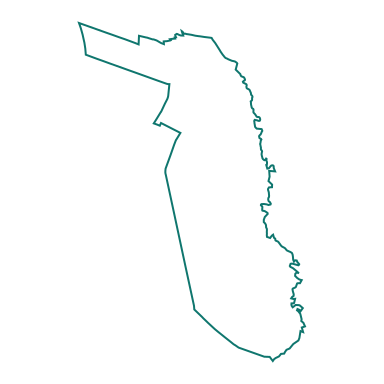 Rawson, San Juan, Argentina (Robinson projection)
{"feature_id": "61730980B18994779185278", "entity_name": "Rawson", "entity_type": "district", "adm_level": 2, "iso_a3": "ARG", "parent_name": "Argentina", "parent_adm1": "San Juan", "projection": "robinson", "projection_center": [-68.444, -31.689], "detail": "fine", "context": "isolated", "style": "outline", "palette": "teal", "viewbox_px": 384, "rotation_deg": 0, "n_neighbors": 0, "source": "geoboundaries", "source_scale": "gbopen_adm2", "svg_char_len": 5191}
<svg xmlns="http://www.w3.org/2000/svg" viewBox="0 0 384 384"><path d="M229.2,340.7L230.6,341.8L232.8,343.6L233.4,344.1L234.6,344.9L235.2,345.2L238.6,347.6L264.3,356.7L269.7,356.9L272.8,361.0L274.0,359.3L275.5,358.1L279.0,356.4L281.0,353.9L284.2,353.6L284.9,352.1L286.5,349.8L289.6,348.5L293.3,344.0L298.4,340.5L299.4,338.0L300.5,331.1L303.1,332.1L301.8,327.5L305.0,326.4L303.4,322.8L301.3,321.0L301.6,319.2L300.3,313.9L298.3,311.3L297.0,310.3L297.5,309.0L299.5,309.9L300.3,311.6L302.8,308.1L301.6,307.0L299.6,305.3L298.4,305.1L295.6,305.0L293.8,306.5L292.7,307.3L291.7,305.9L291.4,304.7L291.5,303.4L293.7,303.3L294.1,303.0L295.1,298.8L293.5,299.0L291.2,298.4L292.0,297.1L293.6,295.9L293.7,294.7L293.7,294.2L292.8,291.1L292.5,289.2L292.8,288.6L295.4,287.4L295.9,286.9L297.1,283.5L297.8,283.2L300.0,283.2L301.7,280.1L299.4,279.5L297.2,278.0L295.1,275.9L295.3,273.8L296.5,272.6L297.0,272.6L298.9,273.2L296.5,271.1L293.0,268.2L291.3,267.3L290.4,266.9L289.8,266.0L290.6,263.8L291.7,263.6L292.5,263.7L297.3,265.0L298.4,265.3L298.8,265.0L299.2,264.2L297.2,261.8L296.7,260.5L295.1,260.3L294.0,261.6L293.2,259.8L292.9,256.4L292.6,254.6L292.0,253.1L291.4,252.6L290.2,251.9L289.2,251.5L287.0,250.5L286.3,249.8L285.2,248.4L284.4,247.8L282.1,246.6L281.1,245.7L278.4,242.0L277.8,241.5L275.7,240.6L275.4,240.2L275.3,239.2L275.2,238.6L274.1,237.9L273.9,237.4L273.1,234.7L271.8,235.7L270.1,238.0L267.0,236.9L266.8,235.2L266.9,233.7L266.9,233.0L266.8,232.2L266.9,230.6L266.9,229.0L266.1,227.3L266.0,225.1L265.2,223.5L263.8,222.1L263.8,221.2L263.8,219.8L264.8,217.0L266.2,215.5L267.7,213.9L267.5,212.9L266.0,211.9L264.9,211.2L264.0,210.9L263.2,210.9L262.3,210.5L262.2,209.9L262.3,207.7L262.4,207.2L262.2,206.4L261.6,206.0L260.9,205.2L261.0,204.5L261.6,204.1L264.0,204.0L266.7,204.4L268.5,205.0L270.5,204.5L270.8,203.8L270.0,202.2L268.9,201.4L268.6,201.0L268.3,200.0L268.2,199.1L268.5,197.7L268.9,197.2L269.1,196.0L268.8,192.3L268.0,189.7L268.1,188.8L269.0,187.4L270.2,187.3L272.0,187.2L272.1,184.6L268.5,181.1L269.6,176.7L269.2,170.9L275.1,171.4L273.8,168.2L273.7,167.4L273.7,166.6L273.5,165.8L272.8,165.3L272.2,165.3L271.2,165.6L270.6,166.2L270.1,166.8L269.0,168.2L267.3,168.6L266.3,165.1L266.8,165.0L267.0,163.5L267.0,162.1L266.3,160.3L266.6,159.0L266.1,158.6L265.7,159.2L265.6,159.8L264.4,160.2L263.8,159.8L263.3,159.4L262.9,159.0L262.4,158.1L262.3,157.4L261.9,156.1L261.8,155.5L261.6,154.7L261.6,153.9L261.9,152.2L262.1,151.3L261.7,150.4L261.1,149.8L260.9,148.9L260.9,147.4L260.6,146.2L260.4,144.9L260.1,144.0L260.4,143.2L260.8,140.6L261.4,139.5L261.0,138.9L260.4,138.6L259.9,138.4L259.5,138.1L259.1,136.5L259.2,135.9L259.5,135.5L260.1,134.8L260.6,134.5L261.0,133.6L261.5,132.5L261.7,131.8L262.3,130.9L262.2,130.4L261.6,129.1L256.7,128.6L256.1,128.0L255.5,127.4L255.1,126.8L254.8,125.1L254.7,124.3L254.5,123.4L254.4,122.0L254.2,121.0L254.7,119.9L255.8,120.1L257.0,120.3L258.0,120.7L258.7,120.9L259.3,120.9L259.9,120.6L260.2,119.6L260.1,118.8L259.9,118.1L259.6,117.6L259.2,117.2L258.4,117.0L257.7,117.0L257.1,116.9L256.6,116.6L256.1,115.8L255.4,114.7L254.7,113.8L254.0,113.1L253.5,112.5L253.4,111.3L253.5,110.3L253.5,109.5L253.2,108.9L252.2,108.3L251.7,107.5L251.5,106.5L251.1,104.9L251.0,104.0L250.9,102.1L250.7,101.4L251.5,100.8L252.0,100.2L252.1,99.4L252.1,97.8L252.5,97.0L252.4,96.3L251.9,95.5L251.1,94.7L250.9,93.0L249.6,90.0L248.8,89.3L247.1,88.5L246.7,88.1L246.5,87.4L246.4,86.4L246.6,85.8L246.7,85.2L246.5,84.5L246.0,84.0L245.1,83.6L243.2,82.6L242.9,81.7L243.9,80.8L244.8,80.3L245.0,79.4L244.2,77.7L243.7,77.2L241.3,76.3L240.6,75.2L240.3,74.1L235.7,69.6L237.3,63.5L236.7,62.7L235.7,62.0L235.0,61.5L233.9,61.2L231.9,60.8L228.1,59.2L227.5,58.8L225.6,58.0L224.8,57.3L223.3,55.4L222.7,54.7L220.7,51.8L219.7,50.1L215.2,43.0L212.7,39.8L211.6,37.9L209.5,37.6L206.1,37.2L204.5,37.0L199.9,36.3L198.8,36.2L195.3,35.7L191.4,34.8L187.6,34.2L186.6,34.1L185.5,33.7L184.5,33.8L184.2,33.7L183.8,33.4L183.7,33.4L183.4,33.0L183.2,32.7L182.8,32.4L182.8,32.2L182.7,31.9L182.5,31.7L181.8,31.2L182.2,32.6L182.6,33.7L183.2,35.6L180.9,35.5L179.9,35.2L179.3,35.0L178.3,34.5L177.3,34.0L176.7,33.9L175.8,34.5L175.2,34.9L175.3,35.5L175.6,36.4L176.0,37.3L174.7,37.5L175.1,38.6L172.6,38.8L170.0,39.2L170.8,40.2L170.5,40.4L166.8,41.2L166.1,41.2L163.7,41.4L163.9,44.1L161.2,43.1L158.6,41.6L157.6,41.0L156.9,40.6L156.2,40.3L153.6,39.4L152.6,39.4L150.1,38.6L148.5,38.1L147.4,37.7L145.8,37.4L139.0,35.8L138.6,44.4L135.1,43.0L131.6,41.7L125.1,39.3L119.0,37.2L112.3,34.8L106.0,32.6L93.1,28.0L79.0,23.0L79.9,25.5L80.9,28.5L82.6,34.6L83.5,38.7L84.4,42.7L85.3,48.6L85.8,54.7L96.6,58.7L103.9,61.3L110.2,63.6L129.5,70.5L135.4,72.6L158.2,80.8L163.3,82.6L166.7,83.8L168.1,84.1L169.4,84.1L168.6,91.9L168.2,96.0L168.0,96.9L167.7,97.9L167.3,99.0L164.9,103.7L161.1,111.8L160.9,111.9L156.8,118.6L153.8,123.4L157.4,124.7L159.8,125.7L161.0,123.0L169.6,127.4L173.5,129.4L180.4,132.9L176.5,139.3L176.0,140.0L175.7,140.7L174.2,144.6L170.3,155.7L165.6,168.6L165.4,170.4L165.4,171.2L165.3,172.1L165.4,172.7L165.5,173.7L165.8,174.8L174.0,212.9L185.4,266.1L194.0,305.8L194.3,309.5L199.1,314.1L202.3,317.2L203.3,318.3L205.3,320.2L208.3,323.1L214.9,329.2L216.6,330.6L217.8,331.6L224.9,337.3L229.2,340.7Z" fill="none" stroke="#0f766e" stroke-width="2"/></svg>